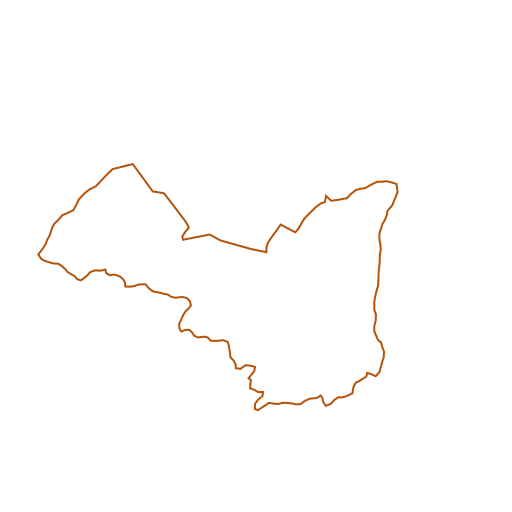 outline of São José do Jacuípe, Bahia, Brazil, rotated 43°
{"feature_id": "56859067B82221409109894", "entity_name": "São José do Jacuípe", "entity_type": "district", "adm_level": 2, "iso_a3": "BRA", "parent_name": "Brazil", "parent_adm1": "Bahia", "projection": "equal_earth", "projection_center": [-39.906, -11.422], "detail": "fine", "context": "isolated", "style": "outline", "palette": "amber", "viewbox_px": 512, "rotation_deg": 43, "n_neighbors": 0, "source": "geoboundaries", "source_scale": "gbopen_adm2", "svg_char_len": 2750}
<svg xmlns="http://www.w3.org/2000/svg" viewBox="0 0 512 512"><g transform="rotate(43 256 256)"><path d="M280.8,348.8L285.1,345.0L289.4,340.0L293.9,338.1L297.0,340.0L301.8,343.5L306.5,347.6L311.0,347.7L314.8,349.1L317.8,351.8L321.6,349.1L322.8,343.1L326.4,340.2L330.9,337.8L333.2,341.3L333.6,346.3L334.0,350.5L337.0,350.2L339.0,353.3L342.1,356.8L345.8,355.1L350.5,354.0L353.9,350.7L356.3,354.1L355.5,359.4L356.1,364.6L359.4,368.7L362.5,367.5L364.1,361.2L365.6,354.6L369.8,351.8L373.3,349.0L375.6,345.2L379.8,341.5L383.5,338.9L386.6,337.2L389.7,333.7L390.5,328.7L392.4,324.1L394.7,321.3L397.3,318.4L398.4,313.9L401.3,314.6L405.0,317.0L409.2,318.0L411.5,313.2L411.5,307.8L412.5,303.1L415.4,300.8L417.6,297.0L420.2,290.8L416.6,285.3L415.3,280.7L416.8,277.1L417.8,272.8L418.9,269.0L417.0,265.7L420.9,263.8L425.5,262.3L425.4,256.7L420.7,247.7L418.6,243.2L414.9,238.7L410.4,236.4L406.5,234.0L402.4,234.2L398.6,232.5L393.8,230.3L390.3,226.6L387.6,221.5L383.5,216.9L379.3,214.7L374.0,209.1L371.3,205.2L368.1,199.6L365.4,194.1L362.3,190.6L359.9,187.8L356.5,183.9L353.2,179.5L350.5,175.9L346.0,171.0L342.7,166.0L339.0,162.7L335.6,160.2L332.9,157.7L330.2,154.1L328.7,150.6L326.6,146.3L325.7,141.8L324.0,137.3L321.4,133.4L321.1,126.0L319.1,121.1L317.8,117.2L315.9,112.7L312.7,110.0L309.6,107.5L304.7,109.9L300.2,112.5L297.3,116.0L294.2,118.8L292.5,122.8L290.9,127.2L289.8,131.6L286.9,135.1L284.1,139.5L283.1,146.0L283.0,151.9L280.8,154.7L277.8,158.9L273.3,164.3L269.6,164.3L266.2,164.3L269.6,169.5L267.5,173.5L266.4,179.5L265.9,190.6L265.9,195.9L267.2,201.9L268.5,207.9L268.6,211.9L252.6,216.2L253.6,223.5L254.4,229.6L254.9,233.7L255.8,238.3L257.8,242.7L261.0,246.2L247.4,254.4L219.6,268.8L207.5,271.9L191.6,293.8L188.6,291.9L187.9,286.9L187.6,281.2L184.2,279.7L179.7,278.6L156.9,274.6L145.8,272.9L136.4,279.2L103.2,272.8L91.8,290.3L91.4,298.6L91.3,314.3L88.8,320.9L87.8,327.7L87.8,335.2L89.9,341.7L91.1,347.2L89.2,352.2L86.5,358.3L86.8,364.7L86.5,369.7L87.6,374.2L89.7,378.6L91.4,382.7L92.2,386.6L94.0,390.5L95.1,396.6L95.7,403.3L100.6,404.5L104.5,403.8L108.0,402.1L112.9,399.7L116.6,396.5L121.1,395.7L125.6,395.7L128.8,396.2L132.9,395.5L137.3,394.4L140.9,394.9L144.6,393.3L145.8,386.4L145.7,380.9L148.1,376.2L152.2,372.9L155.0,368.7L158.2,370.7L162.2,369.8L164.3,366.9L167.0,365.1L171.1,363.7L174.8,363.6L178.4,364.8L181.1,367.5L183.9,365.2L186.6,362.3L189.9,356.5L194.6,352.0L199.6,352.7L204.5,352.2L207.7,350.5L210.7,348.3L214.1,346.8L217.6,344.4L221.6,343.7L225.5,341.5L229.7,336.5L233.9,333.9L238.4,334.1L242.1,336.5L242.4,340.6L242.3,344.8L243.1,349.1L244.9,354.1L246.1,358.1L249.4,361.2L252.9,362.2L254.7,358.3L257.5,355.5L261.6,355.5L265.3,356.5L269.0,355.2L272.7,350.7L276.1,348.5L280.8,348.8Z" fill="none" stroke="#b45309" stroke-width="2"/></g></svg>